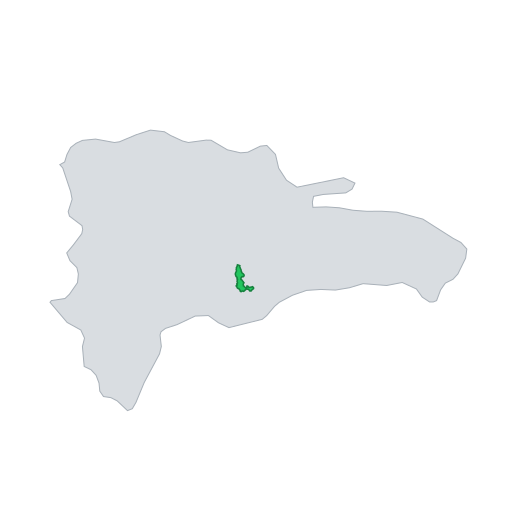 Los Cacaos, San Cristóbal, Dominican Republic shown in context, rotated 353°
{"feature_id": "3306468B25553756069478", "entity_name": "Los Cacaos", "entity_type": "district", "adm_level": 2, "iso_a3": "DOM", "parent_name": "Dominican Republic", "parent_adm1": "San Cristóbal", "projection": "albers", "projection_center": [-70.319, 18.609], "detail": "fine", "context": "in_parent", "style": "filled", "palette": "green", "viewbox_px": 512, "rotation_deg": 353, "n_neighbors": 0, "source": "geoboundaries", "source_scale": "gbopen_adm2", "svg_char_len": 5188}
<svg xmlns="http://www.w3.org/2000/svg" viewBox="0 0 512 512"><g transform="rotate(353 256 256)"><path d="M72.0,344.7L72.7,324.7L75.8,316.6L73.1,308.1L60.4,298.9L52.7,287.2L45.9,276.8L47.5,275.3L61.3,274.9L66.2,271.2L75.6,260.7L77.5,252.2L76.8,245.7L70.8,238.0L68.5,229.9L76.0,222.8L85.8,212.6L87.2,208.6L87.0,204.7L75.7,193.7L75.0,189.1L80.4,177.3L79.9,169.5L74.9,145.0L72.4,141.4L77.5,139.4L80.8,132.1L85.3,125.7L91.2,122.2L97.8,120.1L111.0,120.4L129.3,126.1L134.4,126.0L152.0,121.0L166.6,118.2L180.2,121.5L185.8,125.9L197.1,132.9L202.7,135.1L220.6,134.9L225.5,135.6L240.5,147.1L253.2,151.7L260.5,152.0L273.7,147.5L280.2,147.6L287.7,157.5L289.2,171.6L295.5,184.5L305.1,192.7L352.5,189.0L363.1,195.7L359.5,201.3L352.8,204.3L330.3,203.1L320.4,203.8L318.5,209.4L318.4,214.6L331.6,215.8L344.6,218.3L357.8,222.4L371.2,225.1L386.3,226.9L401.2,229.7L426.1,239.7L453.7,262.4L461.1,267.6L466.1,274.8L463.8,283.7L454.2,298.4L448.7,303.1L440.6,306.0L435.1,312.1L429.8,322.3L426.5,323.2L422.7,322.8L416.0,317.1L411.2,308.3L397.9,300.1L382.1,301.2L358.9,296.5L344.8,298.9L330.7,299.5L316.3,297.1L301.9,296.3L287.4,299.4L273.4,304.8L268.3,308.2L259.3,316.5L254.5,319.6L220.4,323.8L210.6,317.7L201.5,309.3L188.3,308.2L169.3,314.5L157.4,316.8L152.5,319.6L151.1,322.7L151.0,334.3L148.3,341.4L129.6,368.0L119.0,386.7L114.6,392.5L109.6,393.8L100.6,382.9L94.7,378.9L87.5,376.9L84.5,371.1L84.7,363.0L82.8,355.0L78.4,348.8L72.0,344.7Z" fill="#d9dde1" stroke="#a8b0b8" stroke-width="1"/><path d="M236.5,262.5L236.4,262.9L236.1,263.4L236.1,263.5L236.0,263.8L236.0,264.0L235.9,264.0L235.8,264.3L235.4,264.7L235.3,264.8L235.2,265.0L235.0,265.4L235.0,265.9L235.0,266.2L235.0,266.4L234.8,266.8L234.7,266.9L234.7,267.1L234.7,267.3L234.9,267.6L234.9,267.8L234.8,268.2L234.7,268.8L234.6,269.0L234.3,269.3L234.2,269.4L234.1,269.5L234.0,269.8L233.7,270.2L233.6,270.4L233.4,270.8L233.4,271.0L233.3,271.4L233.3,271.8L233.3,272.2L233.4,272.3L233.4,272.5L233.5,272.8L233.6,273.2L233.6,273.4L233.7,273.8L233.7,274.0L233.8,274.1L234.2,274.3L234.3,274.4L234.3,274.5L234.4,274.8L234.5,274.8L234.6,275.0L234.7,275.3L234.6,275.5L234.5,275.9L234.4,276.0L234.4,276.3L234.4,276.5L234.5,276.5L234.8,276.7L234.9,276.8L234.9,277.0L234.6,277.5L234.4,277.7L234.4,277.8L234.3,278.4L234.3,278.6L234.2,278.7L234.1,278.9L234.1,279.0L234.1,279.3L234.2,279.5L234.3,279.7L234.3,279.8L234.3,280.0L234.4,280.3L234.3,280.5L234.2,280.8L234.0,281.0L233.7,281.1L233.5,281.3L233.5,281.5L233.7,282.1L233.9,282.3L233.9,282.5L233.7,282.7L233.5,282.8L233.1,282.8L232.9,282.9L232.8,283.0L232.7,283.1L232.7,283.3L232.7,283.5L232.9,283.8L233.0,284.1L233.4,284.6L233.5,284.7L233.5,284.8L233.5,285.1L233.5,285.3L233.6,285.5L233.8,285.6L233.9,285.8L234.1,286.0L234.4,286.1L234.5,286.2L234.8,286.2L234.9,286.3L235.0,286.4L235.3,286.8L235.4,287.2L235.7,287.6L235.8,287.9L235.9,288.0L236.2,288.3L236.2,288.5L236.2,288.8L236.1,289.1L236.3,289.3L236.6,289.5L236.8,289.6L237.0,289.6L237.4,289.4L237.5,289.3L238.0,289.2L238.3,289.1L238.5,289.1L239.0,289.4L239.1,289.5L239.3,289.6L240.1,289.2L240.3,289.2L240.6,288.9L240.8,288.8L240.9,288.5L241.0,288.4L241.6,288.2L241.8,288.1L241.9,287.8L242.0,287.7L242.3,287.6L242.5,287.6L242.9,287.7L243.2,287.8L243.3,287.9L243.5,287.9L244.0,288.0L244.3,288.1L244.6,288.3L244.8,288.6L245.0,289.0L245.2,289.3L245.3,289.6L245.5,289.9L245.6,290.0L245.8,290.0L246.1,290.0L246.4,290.1L246.6,290.0L246.8,290.0L247.0,290.0L247.0,289.9L247.4,289.6L248.0,289.0L248.2,288.9L248.3,288.8L248.4,288.7L248.7,288.6L249.1,288.4L249.3,288.3L249.5,288.2L249.7,287.8L249.7,287.5L249.7,287.3L249.7,287.1L249.4,286.8L249.3,286.6L249.0,286.1L248.9,286.0L248.7,286.0L248.4,286.0L248.2,286.2L247.8,286.3L247.4,286.3L245.7,286.3L245.4,286.3L245.2,286.2L244.9,286.0L244.7,285.6L244.5,285.3L244.4,285.1L244.2,284.9L243.7,284.7L243.4,284.6L243.2,284.8L243.2,285.0L243.2,285.6L243.2,285.9L243.2,286.0L242.9,286.2L242.7,286.3L242.1,286.3L241.8,286.2L241.7,286.2L241.4,285.7L240.7,285.2L240.5,284.5L240.4,284.4L240.0,284.1L239.9,284.1L239.9,283.9L239.8,283.4L239.8,283.1L239.8,282.9L239.8,282.7L240.1,282.1L240.2,281.7L240.3,281.5L240.6,281.4L240.7,281.2L240.8,281.1L240.8,280.9L240.7,280.8L240.5,280.6L240.4,280.5L240.3,280.4L240.2,280.2L240.1,279.7L239.6,279.3L239.6,279.2L239.4,278.8L239.4,278.7L239.1,278.1L238.9,277.9L238.7,277.7L238.3,277.6L238.2,277.6L238.1,277.4L238.1,277.2L238.2,276.8L238.3,276.7L238.2,276.3L238.2,276.2L238.3,276.0L238.6,275.9L238.7,275.7L238.8,275.5L238.9,275.4L239.0,275.3L239.2,275.2L239.3,275.2L239.5,274.9L239.6,274.7L239.8,274.7L240.0,274.7L240.2,274.9L240.3,274.9L240.5,274.9L240.6,275.0L240.8,275.0L241.0,275.0L241.1,274.9L241.4,274.7L241.5,274.5L241.7,274.1L241.8,273.9L241.9,273.6L241.8,273.4L241.8,273.2L241.6,272.9L241.5,272.6L241.4,272.5L241.1,272.1L240.2,271.2L239.9,270.9L239.8,270.6L239.8,270.1L239.8,269.9L239.7,269.8L239.5,269.5L239.5,269.2L239.5,268.7L239.5,267.9L239.3,267.5L239.2,267.3L239.2,267.2L239.1,266.7L239.0,266.4L238.9,266.1L238.8,265.8L238.8,265.3L238.7,265.2L238.5,264.8L238.5,264.6L238.5,264.3L238.5,264.1L238.6,263.9L238.8,263.7L238.6,263.5L238.5,263.4L238.3,263.4L238.1,263.3L237.7,263.0L237.5,262.9L237.1,262.7L236.7,262.6L236.5,262.5Z" fill="#22c55e" stroke="#15803d" stroke-width="1.5"/></g></svg>